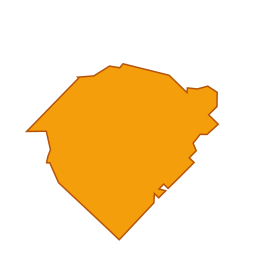 outline of Gilmer, Georgia, United States of America, rotated 314°
{"feature_id": "52423323B63727267020347", "entity_name": "Gilmer", "entity_type": "district", "adm_level": 2, "iso_a3": "USA", "parent_name": "United States of America", "parent_adm1": "Georgia", "projection": "mercator", "projection_center": [-84.424, 34.703], "detail": "fine", "context": "isolated", "style": "filled", "palette": "amber", "viewbox_px": 256, "rotation_deg": 314, "n_neighbors": 0, "source": "geoboundaries", "source_scale": "gbopen_adm2", "svg_char_len": 613}
<svg xmlns="http://www.w3.org/2000/svg" viewBox="0 0 256 256"><g transform="rotate(314 128 128)"><path d="M55.1,57.5L68.9,71.5L58.5,87.3L51.8,90.2L46.4,93.6L48.6,96.0L40.4,116.1L41.4,183.5L41.5,199.3L92.1,198.6L99.2,192.5L99.1,198.6L109.1,198.7L105.6,192.7L112.4,192.6L112.4,198.8L124.1,199.1L149.1,199.5L149.1,192.8L159.0,192.9L162.3,185.4L173.6,184.3L178.2,189.3L193.4,190.3L193.5,176.8L205.2,177.1L215.6,167.4L213.5,156.3L204.3,150.8L198.1,142.9L194.4,145.8L194.5,121.0L170.7,79.8L165.6,80.2L159.7,71.7L141.7,67.2L129.6,56.5L129.6,57.8L55.1,57.5Z" fill="#f59e0b" stroke="#b45309" stroke-width="1.5"/></g></svg>